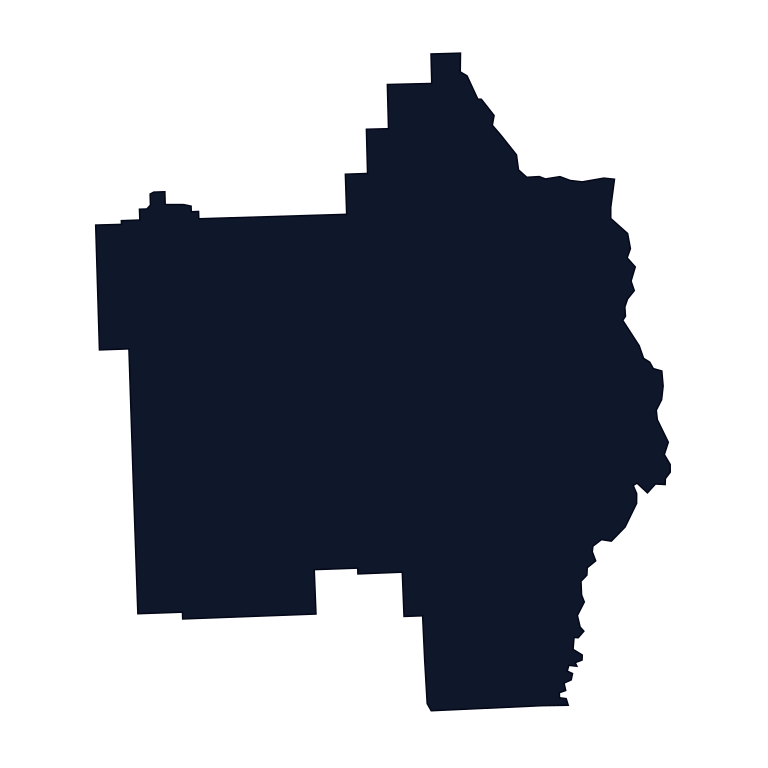 Fergus, Montana, United States of America, rotated 88°
{"feature_id": "52423323B78350254169846", "entity_name": "Fergus", "entity_type": "district", "adm_level": 2, "iso_a3": "USA", "parent_name": "United States of America", "parent_adm1": "Montana", "projection": "albers", "projection_center": [-109.214, 47.248], "detail": "fine", "context": "isolated", "style": "filled", "palette": "ink", "viewbox_px": 768, "rotation_deg": 88, "n_neighbors": 0, "source": "geoboundaries", "source_scale": "gbopen_adm2", "svg_char_len": 1664}
<svg xmlns="http://www.w3.org/2000/svg" viewBox="0 0 768 768"><g transform="rotate(88 384 384)"><path d="M711.5,211.1L704.8,212.9L703.7,219.5L698.7,219.6L696.6,213.1L689.2,214.5L686.2,207.2L680.0,205.7L677.3,210.9L671.6,209.1L672.8,201.1L669.1,202.6L666.8,195.7L661.8,195.3L655.8,204.3L643.9,202.9L644.4,198.8L638.0,192.9L633.7,196.5L622.1,198.8L608.8,191.4L601.8,193.9L588.0,194.0L582.1,187.9L574.7,187.3L568.1,178.6L559.0,181.7L553.4,180.9L547.1,172.1L549.0,162.3L535.3,148.0L512.1,135.7L502.4,135.3L494.1,138.5L491.9,134.6L502.0,124.5L493.4,116.2L494.3,106.5L488.4,106.1L482.1,101.0L474.4,100.8L464.3,106.3L452.1,101.9L429.2,112.1L419.7,112.8L409.4,107.1L395.8,105.1L380.7,105.9L378.0,114.3L371.4,117.7L367.4,123.7L354.7,127.6L328.7,143.2L324.8,140.3L315.4,140.6L307.5,137.6L299.4,130.6L289.8,133.5L275.8,128.8L266.4,136.6L257.3,133.0L242.1,135.3L226.5,151.6L215.4,151.2L187.4,146.5L185.9,157.1L188.9,178.8L187.1,190.8L182.9,200.9L184.7,215.5L182.1,221.6L182.4,234.1L174.7,242.1L159.6,243.6L138.9,258.9L129.2,266.7L119.5,264.6L102.8,276.8L102.6,280.3L79.0,290.2L74.7,296.9L56.0,296.0L55.8,325.5L85.3,325.8L84.8,370.2L129.0,370.6L128.8,392.7L173.0,393.1L173.0,415.3L213.1,415.4L212.4,563.3L205.1,563.3L205.1,570.6L199.5,570.6L197.7,578.0L197.0,596.4L184.2,596.3L184.2,607.4L186.0,611.1L197.1,611.2L200.8,614.9L200.8,622.3L211.6,622.3L211.6,640.8L215.3,640.8L215.1,666.4L215.1,666.6L340.0,667.2L340.0,637.7L472.8,638.0L605.0,638.0L605.0,593.4L611.8,593.4L611.5,460.0L567.1,460.2L567.1,416.7L572.9,416.7L572.7,372.3L617.0,372.1L617.0,353.5L660.8,353.0L704.9,352.0L712.2,348.2L711.0,238.0L711.5,211.1Z" fill="#0f172a" stroke="#020617" stroke-width="1.5"/></g></svg>